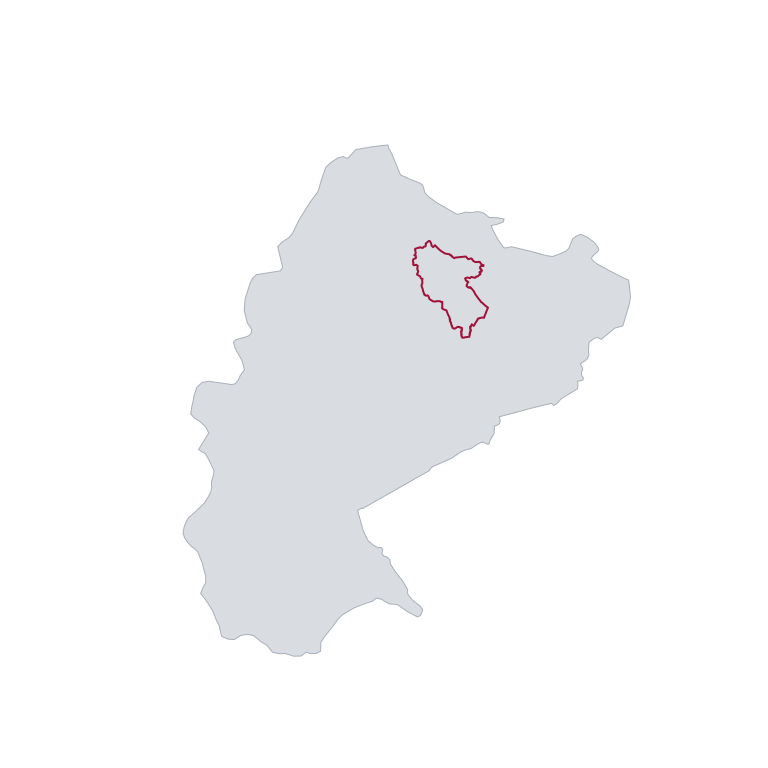 Gnagna, Gnagna, Burkina Faso (highlighted), rotated 331°
{"feature_id": "67063806B53557788130503", "entity_name": "Gnagna", "entity_type": "district", "adm_level": 2, "iso_a3": "BFA", "parent_name": "Burkina Faso", "parent_adm1": "Gnagna", "projection": "natural_earth1", "projection_center": [0.002, 12.916], "detail": "fine", "context": "in_parent", "style": "outline", "palette": "rose", "viewbox_px": 768, "rotation_deg": 331, "n_neighbors": 0, "source": "geoboundaries", "source_scale": "gbopen_adm2", "svg_char_len": 8952}
<svg xmlns="http://www.w3.org/2000/svg" viewBox="0 0 768 768"><g transform="rotate(331 384 384)"><path d="M549.0,482.1L531.8,482.8L525.6,485.0L521.8,485.0L521.7,483.2L521.2,482.1L499.5,476.1L484.3,472.5L468.9,468.5L468.0,472.3L465.8,474.7L462.5,474.9L460.1,474.3L458.6,477.1L456.0,480.9L452.5,482.8L449.0,485.1L447.0,487.2L445.6,487.2L442.0,482.4L437.3,481.9L428.6,482.7L424.6,481.4L419.2,480.7L406.5,481.7L386.2,479.8L382.9,480.8L382.0,481.7L361.9,481.9L339.8,482.2L321.2,482.4L305.0,482.6L305.0,481.8L299.8,481.7L299.2,483.3L294.6,502.7L294.1,513.3L296.5,519.8L299.2,524.0L302.3,525.7L302.6,528.1L300.1,531.1L300.3,534.2L303.2,537.4L303.9,540.8L302.4,544.4L302.8,552.9L304.9,566.4L305.0,575.1L302.9,579.1L303.9,586.0L307.8,595.6L308.5,599.7L307.1,601.6L303.8,604.1L300.4,604.0L296.5,598.2L294.8,595.6L291.7,589.7L289.0,583.7L285.4,581.1L281.8,578.7L277.5,571.1L273.3,567.5L268.9,568.5L262.4,567.1L249.4,565.3L235.4,565.8L229.5,567.5L223.8,570.3L209.2,576.3L203.5,579.3L199.1,586.9L194.1,586.8L189.2,584.3L186.1,580.9L179.5,581.7L173.1,578.3L166.9,571.7L162.3,569.6L156.5,564.8L154.9,555.7L151.3,549.4L147.9,540.6L142.9,536.6L137.1,534.5L129.1,534.9L123.8,531.4L119.7,526.2L120.8,521.7L122.7,515.4L122.9,509.2L124.2,499.3L123.5,486.9L122.1,478.2L126.5,474.6L131.7,471.4L134.9,465.5L138.3,452.3L139.7,440.9L138.7,436.6L137.0,433.3L135.7,428.3L135.0,422.3L135.9,417.1L139.8,412.2L144.7,408.2L148.1,406.2L157.3,404.2L168.7,401.2L175.3,397.7L180.1,394.3L182.8,391.6L185.6,386.0L190.0,381.7L193.4,377.4L194.0,365.3L194.0,358.4L191.5,354.6L190.1,351.3L207.0,341.9L207.2,335.2L204.9,327.7L201.6,321.7L200.4,316.5L205.1,310.4L209.3,305.8L212.3,301.9L219.0,296.0L225.9,294.5L232.1,296.7L250.6,310.7L253.8,311.6L257.6,310.5L262.5,306.8L268.9,303.9L271.2,294.6L271.1,280.8L272.5,274.5L275.9,273.4L286.5,276.0L289.3,276.2L292.3,275.3L294.6,272.9L294.5,268.4L294.0,264.5L297.5,251.7L303.9,242.1L316.7,230.1L320.7,227.7L325.4,226.5L348.2,234.8L352.0,232.7L357.6,212.3L363.8,210.4L371.3,210.0L376.1,208.3L378.6,206.8L389.5,199.1L408.7,188.5L419.1,184.0L421.1,182.3L428.5,174.8L438.3,166.2L444.6,164.5L453.2,163.9L458.7,165.3L460.1,167.7L461.9,169.0L473.2,165.3L489.4,171.1L503.3,176.8L502.4,180.5L502.4,186.9L501.2,197.0L499.8,209.1L505.6,217.0L512.5,225.4L514.3,228.7L512.5,237.0L513.8,241.9L517.5,250.1L523.7,260.4L530.1,271.0L534.5,272.4L538.7,273.2L541.2,275.1L545.0,277.0L548.7,278.2L551.9,280.5L554.0,282.8L556.7,289.3L563.9,293.7L568.9,297.9L566.9,300.1L560.6,299.2L554.7,297.4L554.0,300.5L553.7,312.5L554.7,322.5L556.1,323.9L562.0,325.7L576.1,338.7L588.9,351.0L593.2,354.2L600.3,355.4L608.2,355.9L611.6,354.8L619.3,348.6L623.4,347.9L627.2,348.1L629.2,349.1L632.9,354.1L636.4,361.7L637.4,367.4L637.1,370.4L635.9,371.5L629.6,373.0L626.9,374.1L626.2,375.8L627.2,379.6L628.4,382.0L635.3,393.0L645.3,407.9L648.3,411.7L646.6,416.1L641.6,427.7L637.8,432.5L621.1,449.0L612.9,447.0L595.7,450.3L593.1,446.6L589.1,446.1L584.2,446.7L582.4,448.2L581.8,449.8L580.0,452.0L576.9,458.5L574.4,460.2L571.3,461.2L567.6,461.1L565.4,461.9L565.4,465.1L564.7,468.0L562.2,469.4L561.1,472.5L561.3,475.6L559.8,477.0L556.6,476.2L554.7,475.4L552.9,479.4L550.7,482.1L549.0,482.1Z" fill="#d9dde1" stroke="#a8b0b8" stroke-width="1"/><path d="M473.3,286.2L473.9,287.3L473.7,287.7L473.5,287.8L473.4,288.0L473.5,288.2L473.2,288.7L473.2,288.8L473.1,289.2L472.9,289.3L472.7,289.4L471.8,289.3L471.6,289.2L471.2,289.2L470.8,289.1L470.4,289.1L470.1,289.2L469.6,289.6L469.2,290.1L468.9,290.5L468.6,291.4L468.6,292.2L468.5,292.4L467.7,293.1L467.5,293.6L467.6,294.4L467.8,294.6L468.2,294.9L469.9,295.3L470.1,295.5L470.3,295.8L470.4,296.4L470.5,296.6L470.7,296.8L470.7,297.0L470.5,297.4L470.1,297.7L469.8,298.1L469.8,298.3L469.6,298.7L469.3,298.9L469.1,299.2L468.8,299.7L468.8,300.1L468.7,300.2L468.6,301.2L468.6,301.6L468.5,302.1L467.6,302.9L467.5,303.1L467.2,303.3L466.6,303.5L466.0,304.2L466.0,304.4L466.1,304.6L466.6,305.4L466.9,306.0L467.5,306.7L467.7,307.1L467.6,309.5L467.8,309.8L467.9,310.1L468.1,310.3L468.6,310.6L468.4,311.0L467.2,312.5L466.9,313.6L466.7,314.1L465.9,314.9L465.6,315.0L465.1,315.3L464.8,315.7L464.5,316.3L464.2,317.4L463.8,320.0L463.3,321.5L462.9,323.8L463.0,325.8L462.8,325.8L463.1,326.5L463.3,326.8L463.8,327.2L464.0,327.3L464.8,327.5L465.2,327.8L465.3,328.1L465.3,328.8L465.3,329.6L465.3,330.0L465.0,331.3L465.0,331.8L465.4,332.7L466.8,335.2L467.5,335.9L468.8,336.7L470.6,337.3L472.3,338.2L473.4,339.1L473.5,339.6L473.8,339.9L474.0,340.0L474.5,340.4L474.7,340.5L474.5,340.9L474.4,341.2L474.2,341.4L474.2,341.5L474.1,341.9L473.8,342.2L473.6,342.7L473.1,343.4L472.6,344.5L472.5,344.8L472.0,345.0L471.6,345.4L471.6,346.0L471.7,346.3L472.0,347.1L472.6,348.0L473.8,349.2L474.3,349.9L473.8,353.1L473.7,354.0L473.6,355.3L473.7,356.7L473.2,358.3L473.0,358.8L472.8,359.4L473.1,359.5L473.0,359.8L472.7,360.3L472.5,360.7L472.3,360.9L472.2,361.2L472.2,361.3L472.1,361.5L472.2,361.8L472.1,362.3L472.3,362.6L472.3,363.2L472.1,363.4L471.8,363.9L471.8,364.6L471.7,364.9L471.5,365.6L471.7,366.2L471.7,366.3L471.5,366.5L471.4,366.7L471.2,368.1L471.5,368.6L471.8,369.2L472.6,369.8L472.9,369.9L476.0,369.7L476.5,369.9L476.9,370.4L477.5,370.6L477.7,371.1L477.8,371.1L478.0,371.6L478.4,371.7L479.1,372.5L479.3,372.8L478.9,373.4L478.6,373.6L478.6,374.0L478.2,374.7L478.0,374.9L477.8,374.7L477.6,374.8L477.5,375.5L477.2,375.8L476.7,375.8L476.7,376.4L476.6,376.5L476.5,376.4L476.3,376.6L476.1,377.0L476.2,377.7L476.0,378.0L476.0,378.4L475.8,378.5L475.3,378.6L475.2,378.8L475.2,379.1L475.1,379.4L475.1,379.5L475.1,379.9L475.0,380.1L475.2,380.3L475.2,380.5L475.1,381.2L475.0,381.4L475.7,381.8L475.9,382.0L476.1,382.1L478.1,382.6L479.3,383.2L480.4,383.5L481.4,384.0L481.5,383.7L481.9,383.4L482.2,383.3L482.5,383.0L483.0,382.3L483.0,382.2L483.0,381.9L483.0,381.7L483.3,381.5L483.5,381.6L483.8,381.4L483.9,380.9L484.2,380.6L484.3,380.3L484.6,380.3L484.7,379.9L485.0,379.7L485.2,379.8L485.3,379.8L485.4,379.4L485.5,379.3L485.8,379.3L486.1,379.2L486.2,378.3L486.1,377.8L486.2,377.5L486.3,377.1L486.6,377.0L486.6,376.7L486.8,376.6L487.0,376.0L487.1,375.7L487.5,375.8L487.7,375.7L488.0,375.8L488.1,375.7L488.5,375.3L488.7,375.0L489.3,374.7L489.3,375.1L489.5,375.1L489.9,375.0L490.0,375.6L490.5,376.0L490.7,376.6L491.0,376.6L491.5,376.4L492.3,375.7L492.8,375.4L496.1,373.6L496.8,373.1L497.1,373.1L497.3,372.9L497.6,372.5L497.8,372.4L498.2,372.4L498.4,372.5L499.3,372.8L499.4,372.7L501.9,373.4L502.6,373.7L503.3,374.3L503.5,374.5L511.9,367.6L510.7,364.8L509.7,361.9L509.3,360.6L508.8,359.6L508.6,359.1L508.6,358.4L507.9,354.4L507.7,352.0L507.4,350.1L507.4,349.1L507.5,347.4L507.5,346.1L506.6,341.6L506.4,341.3L506.1,340.9L505.2,340.7L505.1,341.0L505.0,340.9L504.7,340.4L504.2,340.0L504.1,339.3L504.0,339.0L503.7,338.6L503.9,338.2L504.0,338.2L504.2,337.7L504.4,337.6L505.1,336.9L506.9,335.6L507.0,335.6L506.9,335.3L506.7,335.1L506.6,334.9L506.7,334.4L506.0,333.8L505.8,333.2L506.1,331.8L506.1,331.1L506.7,331.0L507.7,331.1L508.7,331.4L509.2,331.8L509.7,332.4L510.3,333.0L510.6,333.1L511.2,333.0L511.8,332.7L512.4,332.8L512.8,333.1L514.9,335.1L515.3,335.3L515.9,335.2L516.6,334.8L516.9,334.7L517.1,334.8L517.8,335.2L518.0,335.3L518.3,335.3L520.3,334.7L521.1,334.7L521.2,334.8L521.3,334.8L521.7,334.5L521.6,333.8L521.8,333.6L521.6,332.8L521.6,332.7L521.8,332.5L522.7,332.4L523.1,332.6L523.4,332.6L523.6,332.8L523.8,332.6L524.0,332.6L524.2,332.4L524.4,332.4L524.7,332.1L524.7,331.7L524.2,330.8L524.1,330.4L524.2,330.2L524.4,330.1L524.3,329.6L524.4,329.3L524.3,329.1L524.5,329.0L524.6,328.7L524.7,328.4L525.4,327.9L525.7,327.8L526.3,328.1L526.5,328.0L526.9,328.1L527.1,328.3L527.5,328.5L527.9,328.9L528.0,328.9L528.0,328.7L528.3,328.5L528.2,328.3L528.4,328.2L528.5,328.1L528.2,327.7L527.8,327.6L527.4,326.9L527.3,326.5L527.2,326.3L527.0,325.4L527.1,324.3L526.9,324.1L526.9,323.7L526.4,323.2L526.1,323.2L525.2,322.7L524.6,322.6L524.3,322.3L523.5,321.9L523.3,321.7L522.9,321.5L522.7,321.3L522.3,320.5L521.9,320.0L521.6,319.0L521.6,318.5L521.5,318.3L521.5,318.0L521.7,317.7L521.3,316.8L521.1,316.5L520.9,316.5L520.5,316.2L519.6,316.0L518.8,315.9L518.2,315.6L517.3,312.2L517.2,312.1L507.9,308.1L506.5,308.0L505.1,305.3L505.1,305.2L505.4,304.9L505.4,304.7L505.1,303.9L505.0,303.7L504.8,303.6L504.3,303.4L504.3,302.7L504.2,302.3L500.8,299.6L500.6,299.4L498.8,296.2L497.9,294.2L497.5,293.2L496.4,289.6L496.1,288.3L495.8,287.4L495.3,287.5L494.3,287.9L493.5,288.0L493.3,288.0L493.2,287.8L492.8,286.5L492.7,286.1L492.8,285.7L493.1,284.9L493.4,283.5L493.3,281.4L493.2,281.0L493.0,280.9L492.6,280.7L491.2,280.8L488.7,281.4L488.7,281.6L488.4,281.7L488.3,282.1L488.0,282.7L487.2,283.6L486.7,283.7L486.1,283.4L485.6,283.3L484.9,283.4L484.4,283.7L484.1,283.7L483.8,283.6L483.4,283.5L483.1,283.3L482.7,282.9L482.1,282.0L481.8,282.0L481.1,282.0L480.8,281.7L480.2,281.6L480.1,281.4L479.1,281.3L478.4,281.2L476.9,280.9L476.7,281.0L476.4,281.2L476.1,281.8L476.0,282.8L475.9,283.2L475.4,284.2L475.3,284.5L475.1,285.0L474.9,285.2L474.4,285.6L474.0,286.1L473.6,286.2L473.3,286.2Z" fill="none" stroke="#9f1239" stroke-width="2"/></g></svg>